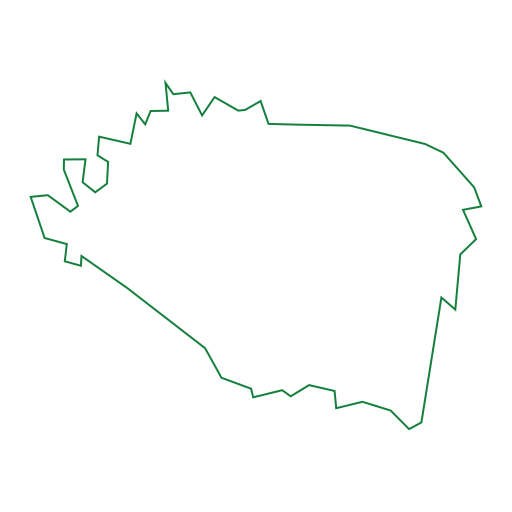 the district of Jefferson, Tennessee, United States of America
{"feature_id": "52423323B28342113074407", "entity_name": "Jefferson", "entity_type": "district", "adm_level": 2, "iso_a3": "USA", "parent_name": "United States of America", "parent_adm1": "Tennessee", "projection": "natural_earth1", "projection_center": [-83.496, 36.043], "detail": "fine", "context": "isolated", "style": "outline", "palette": "green", "viewbox_px": 512, "rotation_deg": 0, "n_neighbors": 0, "source": "geoboundaries", "source_scale": "gbopen_adm2", "svg_char_len": 803}
<svg xmlns="http://www.w3.org/2000/svg" viewBox="0 0 512 512"><path d="M481.3,206.4L474.2,187.4L443.4,152.7L425.1,144.0L349.9,125.6L299.7,124.7L268.5,123.9L260.6,101.0L245.0,110.0L238.2,110.6L214.6,97.1L202.1,115.4L190.3,92.4L173.3,94.2L165.5,82.9L168.2,110.7L150.6,111.0L145.2,124.3L136.6,113.4L130.4,143.8L99.1,136.7L97.5,155.3L108.1,161.9L107.0,183.6L95.2,192.3L82.6,182.2L85.5,159.3L64.0,159.5L63.8,169.6L78.0,205.9L70.4,211.7L47.8,195.2L30.7,196.9L44.6,238.0L66.8,244.1L64.8,261.3L80.9,265.8L81.5,256.0L127.3,288.1L205.1,348.2L221.5,377.8L251.1,388.7L253.2,397.3L282.2,390.2L290.7,396.3L309.1,385.1L334.6,391.0L336.2,408.2L362.4,401.8L390.6,410.5L409.1,429.1L421.4,422.4L441.4,297.5L455.3,309.6L460.3,254.4L476.1,239.1L463.0,209.8L481.3,206.4Z" fill="none" stroke="#15803d" stroke-width="2"/></svg>